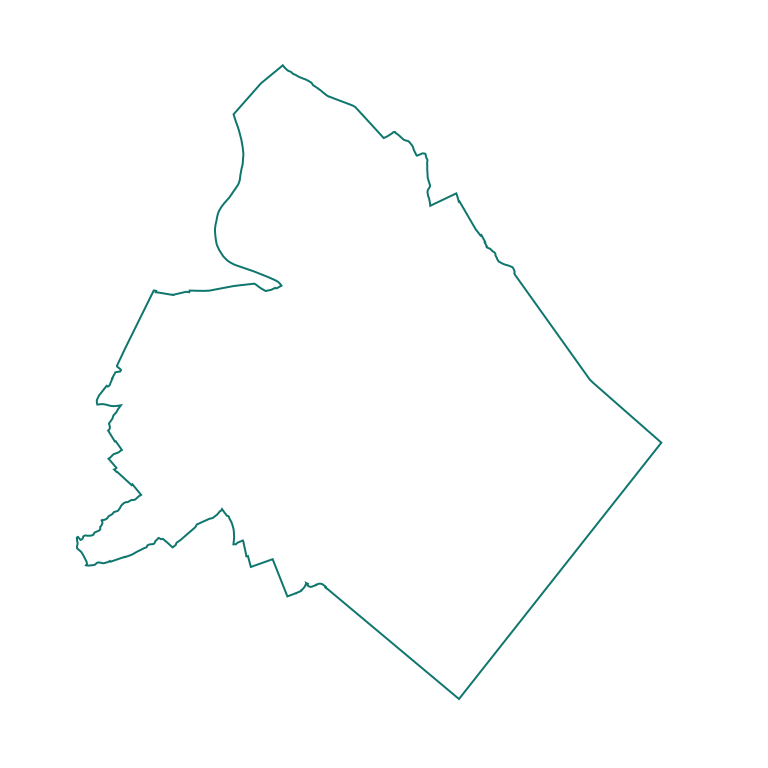 outline of Katwijk, Zuid-Holland, Netherlands, rotated 188°
{"feature_id": "6326949B10451218555657", "entity_name": "Katwijk", "entity_type": "district", "adm_level": 2, "iso_a3": "NLD", "parent_name": "Netherlands", "parent_adm1": "Zuid-Holland", "projection": "albers", "projection_center": [4.44, 52.19], "detail": "fine", "context": "isolated", "style": "outline", "palette": "teal", "viewbox_px": 768, "rotation_deg": 188, "n_neighbors": 0, "source": "geoboundaries", "source_scale": "gbopen_adm2", "svg_char_len": 6129}
<svg xmlns="http://www.w3.org/2000/svg" viewBox="0 0 768 768"><g transform="rotate(188 384 384)"><path d="M528.6,685.5L531.0,682.8L547.7,664.6L570.5,630.1L567.2,623.2L564.3,617.8L562.8,614.5L561.5,611.5L559.1,605.7L558.1,602.4L557.2,599.7L556.7,598.1L555.7,594.1L555.2,592.1L555.1,590.6L555.0,587.9L554.7,584.6L554.6,581.6L554.7,580.3L555.0,577.8L555.3,571.1L555.2,565.9L555.8,562.5L556.3,561.1L556.8,559.8L559.1,555.2L563.1,547.2L567.3,540.9L569.6,536.9L571.2,533.1L571.7,531.5L572.0,530.1L572.2,529.3L572.5,525.8L572.6,522.8L573.0,518.3L573.0,515.4L572.8,512.8L572.5,511.3L572.2,509.8L571.5,506.7L570.6,503.5L569.4,499.8L568.5,497.9L566.4,494.6L565.4,493.2L561.4,488.6L560.8,487.9L557.0,485.0L555.4,484.0L553.9,483.3L552.0,482.5L548.8,481.4L547.1,481.0L528.5,477.4L513.4,473.7L507.1,471.9L504.5,471.0L503.3,470.5L502.1,469.7L500.7,468.6L499.2,467.1L503.2,464.1L503.7,463.8L504.3,463.7L505.1,464.1L508.6,461.7L514.1,459.6L518.5,461.3L521.3,462.7L525.2,464.9L526.4,465.3L541.2,461.5L546.8,460.0L570.4,452.0L575.8,451.1L582.9,450.2L589.5,449.5L589.5,448.2L589.6,447.8L592.3,447.8L593.0,447.7L603.6,443.6L604.4,443.1L605.4,443.1L605.4,442.8L620.8,443.2L622.8,443.1L622.6,444.5L625.0,444.6L645.3,383.2L651.0,364.8L650.8,364.2L646.9,361.8L646.9,361.6L646.4,361.3L647.0,359.7L651.6,358.2L654.0,351.9L653.6,351.9L654.8,347.8L655.4,345.0L655.8,344.3L656.4,343.5L657.3,343.0L658.4,343.6L664.6,333.0L666.1,328.2L665.8,325.7L665.0,323.7L662.5,324.4L659.3,325.0L656.8,324.9L651.6,324.3L648.9,324.4L647.3,324.7L645.5,325.1L641.6,326.3L643.7,322.4L644.0,321.8L644.9,319.3L645.4,318.3L647.4,315.5L647.6,315.0L648.1,312.1L648.4,311.3L650.8,306.7L650.8,306.3L649.4,303.4L649.5,301.5L649.8,300.6L650.2,300.0L650.7,299.5L642.5,289.6L641.7,290.0L634.4,282.2L635.2,281.6L637.1,279.6L638.6,278.6L641.4,277.2L642.1,276.7L642.7,276.1L644.2,273.9L645.2,272.7L646.4,271.7L637.3,263.7L638.6,262.1L639.3,261.7L636.5,259.7L636.1,259.9L635.8,259.7L619.8,248.7L619.2,249.7L609.1,240.4L611.3,238.6L613.9,235.4L614.6,234.8L616.2,234.2L617.7,234.1L618.1,233.9L621.3,231.4L623.0,231.1L623.6,230.8L624.9,229.9L626.1,228.6L627.4,226.8L628.1,224.8L628.4,224.0L629.4,222.2L629.9,221.5L630.1,221.2L633.6,219.6L633.9,219.2L634.7,217.7L635.2,217.1L638.1,214.9L639.5,212.4L640.0,211.9L641.5,210.8L643.2,210.2L644.6,209.9L644.7,209.7L644.6,209.4L643.8,208.4L643.6,207.9L643.5,207.1L643.7,205.8L644.0,205.0L645.1,202.7L645.1,202.2L644.8,201.1L644.8,200.4L645.0,200.1L645.9,199.1L649.7,196.8L650.1,196.4L650.7,194.4L652.2,193.4L653.4,193.0L656.1,192.5L658.5,192.5L659.2,192.3L660.6,191.2L660.8,189.5L661.0,188.8L661.9,187.9L662.7,187.4L663.1,187.6L665.7,189.9L665.9,190.0L666.5,189.5L666.8,189.1L666.8,188.7L666.4,187.7L666.3,186.6L665.5,184.6L665.3,183.8L665.2,182.9L665.4,180.5L665.2,179.1L665.0,178.6L664.3,178.0L660.6,175.7L659.0,173.9L656.8,171.0L653.7,166.4L653.5,165.8L653.3,165.3L653.1,164.4L653.2,164.1L653.9,163.0L653.5,162.9L651.3,163.1L649.7,163.4L646.4,164.3L645.2,164.8L644.9,165.0L643.6,166.7L642.6,167.3L641.7,167.6L640.4,167.6L637.1,167.4L636.3,167.6L633.2,169.0L632.4,169.4L630.8,170.6L630.2,169.9L616.6,176.8L616.4,176.5L611.6,179.0L609.5,180.2L605.8,183.1L604.2,184.3L602.9,185.1L599.7,187.4L597.9,188.5L596.8,189.0L596.6,189.2L596.2,189.8L596.0,190.8L595.8,191.2L594.9,191.9L593.9,192.5L590.2,193.4L590.0,193.5L589.5,194.0L589.0,194.9L588.7,195.9L588.7,196.3L588.3,196.9L587.3,198.1L586.1,199.9L585.7,200.2L583.2,199.3L581.4,199.8L581.1,199.7L576.5,196.8L571.0,193.0L570.8,192.8L570.5,192.8L567.8,195.7L567.7,196.6L567.5,197.4L566.9,198.4L566.0,199.1L563.4,201.6L559.6,206.0L551.4,215.4L550.8,216.2L550.1,218.2L549.7,218.9L540.9,224.5L538.4,226.1L535.8,227.1L534.8,227.6L531.4,231.1L530.0,233.1L529.0,234.8L528.7,235.2L527.6,236.0L527.0,237.6L523.7,234.1L522.5,233.1L521.3,231.7L520.7,231.7L520.2,231.6L519.7,231.4L519.3,231.1L519.0,230.6L518.8,229.9L516.1,226.3L515.1,224.6L513.1,220.2L512.2,217.3L511.2,211.9L511.0,210.0L510.9,208.7L510.8,204.3L508.3,204.7L508.1,205.2L506.9,206.5L502.0,209.4L501.3,208.3L500.4,205.6L497.8,198.7L496.3,194.2L494.8,194.7L490.4,184.3L469.9,195.0L450.1,160.2L443.0,164.1L442.3,164.3L442.4,164.5L439.0,166.4L437.1,167.8L437.3,168.2L436.3,169.1L435.6,170.1L434.9,171.3L434.3,172.3L433.9,173.6L433.5,174.7L433.4,175.5L433.3,175.9L433.4,176.1L431.5,175.5L431.7,174.5L431.6,174.1L431.5,173.7L431.3,173.6L429.6,173.0L428.5,172.9L427.5,173.1L423.0,175.6L423.2,175.9L420.8,177.1L420.0,177.3L418.9,177.4L417.7,177.3L416.9,177.0L416.2,176.7L413.2,174.9L413.7,174.2L411.2,173.0L265.9,82.5L101.2,364.5L176.8,414.1L180.9,417.1L269.2,510.1L270.3,511.5L270.4,511.9L270.2,512.6L270.3,513.4L270.7,514.3L271.3,515.4L272.5,517.1L273.5,517.7L277.2,518.6L280.4,519.0L282.7,519.5L285.5,520.5L286.9,521.1L287.4,521.2L289.2,523.3L289.6,524.2L291.5,526.9L291.8,528.5L292.4,529.2L293.0,529.7L294.2,530.2L294.9,530.6L296.2,531.5L297.6,532.7L299.0,532.9L299.9,533.3L300.7,533.4L301.3,533.8L301.5,534.1L301.1,534.3L304.0,538.2L303.5,538.6L308.3,545.1L309.0,544.4L314.7,549.9L334.8,575.5L335.3,575.0L338.0,581.1L339.0,582.8L363.0,566.9L363.6,569.4L364.3,571.4L365.2,574.1L366.3,576.0L366.6,576.7L367.7,580.2L367.6,581.5L367.5,582.3L367.0,583.6L366.3,584.9L365.9,586.3L366.0,586.6L366.1,587.1L366.6,588.3L369.1,593.5L369.6,595.0L369.9,596.8L370.4,599.4L371.0,602.1L371.3,604.4L371.5,605.7L371.6,606.8L372.0,608.3L372.1,609.3L372.1,611.2L372.2,612.0L373.0,613.2L373.8,614.3L374.9,617.5L375.1,617.7L375.3,617.8L377.9,617.8L382.5,615.0L383.3,614.7L384.0,615.4L384.5,616.2L387.3,620.3L387.5,621.1L388.6,623.1L389.2,623.9L390.8,625.5L393.2,627.6L393.6,627.8L397.6,628.4L398.4,628.7L399.6,629.4L403.4,632.0L404.8,632.9L406.0,633.6L407.3,634.0L407.5,634.2L407.7,634.8L408.0,635.0L409.0,635.0L409.8,634.7L410.8,633.5L411.5,632.8L415.3,629.6L416.8,628.7L417.5,628.1L418.5,627.5L432.4,639.0L450.7,654.0L451.5,654.5L452.7,655.0L453.8,655.4L472.4,659.6L478.6,661.1L478.9,660.9L481.1,662.0L484.8,664.1L487.5,665.9L494.3,669.4L495.7,669.9L497.6,672.1L498.2,672.5L503.3,674.5L506.6,675.2L510.5,676.2L512.1,676.7L514.2,677.7L517.1,678.4L519.4,680.0L520.2,680.3L522.6,680.9L523.6,681.4L526.8,683.8L528.6,685.5Z" fill="none" stroke="#0f766e" stroke-width="2"/></g></svg>